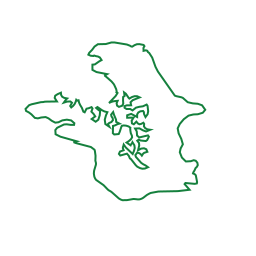 an SVG outline of Quinara, rotated 55°
{"feature_id": "GNB-773", "entity_name": "Quinara", "entity_type": "Region", "adm_level": 1, "iso_a3": "GNB", "parent_name": "Guinea-Bissau", "parent_adm1": "", "projection": "albers", "projection_center": [-15.226, 11.637], "detail": "fine", "context": "isolated", "style": "outline", "palette": "green", "viewbox_px": 256, "rotation_deg": 55, "n_neighbors": 0, "source": "natural_earth", "source_scale": "10m", "svg_char_len": 4448}
<svg xmlns="http://www.w3.org/2000/svg" viewBox="0 0 256 256"><g transform="rotate(55 128 128)"><path d="M71.6,117.5L71.9,114.2L64.1,121.7L60.0,123.8L55.7,120.8L56.9,118.7L56.9,113.6L57.2,110.7L54.1,110.6L52.2,111.6L50.8,113.0L49.2,114.2L49.2,115.0L47.4,117.1L45.2,118.4L44.2,116.7L43.4,112.6L42.1,108.7L42.1,104.6L46.5,98.0L48.4,92.6L50.1,90.1L59.0,81.0L61.7,79.2L63.1,78.6L63.8,77.8L63.9,75.1L64.5,72.6L65.9,70.5L68.9,67.6L70.4,67.6L71.1,69.2L71.8,69.8L72.7,70.3L73.7,71.0L74.6,68.8L75.8,67.9L77.2,68.1L78.7,67.6L84.2,67.8L93.7,70.4L98.9,71.1L128.3,71.1L129.6,70.2L133.5,66.6L134.8,65.8L141.1,64.3L145.0,60.8L148.2,56.9L151.9,54.3L157.4,54.3L158.4,58.0L156.8,62.9L154.4,66.7L152.6,71.3L152.8,77.3L154.4,83.3L156.8,87.5L161.4,89.6L167.5,90.6L172.8,92.4L175.0,96.7L177.6,99.5L183.1,100.8L188.6,99.8L191.1,95.8L191.2,95.7L192.1,92.6L193.7,91.3L196.2,91.1L198.4,92.1L199.3,93.8L199.6,95.7L200.9,97.8L201.8,99.9L202.5,100.8L203.8,100.0L204.9,99.6L205.9,99.7L211.9,102.4L212.9,103.4L212.0,105.4L206.0,112.5L206.4,113.8L213.9,113.0L208.3,123.4L197.5,139.5L194.3,146.5L194.0,147.9L193.7,150.9L193.9,155.4L193.8,156.9L193.5,158.2L193.1,159.4L192.5,160.4L191.8,161.3L190.8,162.4L189.3,164.2L186.6,170.0L184.0,173.9L182.6,174.9L180.5,175.9L171.3,178.1L170.1,178.5L167.8,179.6L166.5,179.9L160.8,180.8L152.2,183.9L150.5,183.9L148.6,183.5L145.9,182.2L144.5,181.1L143.4,180.1L139.7,175.4L138.9,174.7L138.0,174.2L136.1,173.5L132.1,170.5L127.8,168.3L126.6,167.9L122.3,169.3L110.6,179.2L108.4,180.7L108.3,180.8L109.5,177.6L96.4,188.3L91.6,190.9L88.0,188.7L87.2,185.9L88.4,178.4L89.8,176.1L92.6,173.1L94.5,170.4L93.3,169.2L89.2,170.2L86.1,173.3L84.1,177.4L83.4,181.7L81.9,184.5L78.4,186.3L74.5,187.6L71.8,189.2L69.6,193.1L68.4,196.3L66.3,198.5L61.4,199.3L58.3,200.3L55.6,201.7L53.6,201.0L52.6,195.9L53.3,193.3L56.9,184.5L58.1,182.6L58.8,180.9L65.5,171.0L61.3,170.8L59.8,169.1L59.9,166.3L60.6,162.7L62.5,163.8L64.6,164.0L66.7,163.0L68.9,160.9L69.1,162.4L70.4,166.0L71.4,162.8L73.2,160.0L75.2,159.4L76.8,162.7L78.6,162.7L78.4,160.3L77.8,158.1L76.7,156.1L75.2,154.2L76.4,154.0L76.5,153.8L76.5,153.4L76.9,152.6L79.0,153.5L81.6,154.0L85.0,154.2L89.0,155.2L90.3,154.5L88.4,150.9L89.2,149.0L90.0,145.9L91.7,145.9L93.6,148.6L96.9,148.1L99.7,148.2L99.8,152.6L104.3,150.9L104.2,147.6L101.4,143.9L98.0,141.0L97.0,141.6L96.1,141.9L93.3,142.6L93.3,141.0L98.5,139.1L100.9,137.8L103.2,135.8L105.0,138.8L107.9,142.3L111.8,144.3L116.2,142.6L113.3,142.2L113.1,140.5L113.6,138.2L112.9,135.8L111.1,134.9L109.1,134.9L107.4,134.2L106.4,131.0L109.2,131.9L114.3,133.0L116.2,134.2L119.5,132.5L118.9,134.1L118.3,137.6L117.7,139.1L123.6,143.4L125.4,143.0L127.6,139.1L126.4,137.0L123.3,132.9L122.7,131.7L123.4,130.1L125.0,128.2L127.1,126.6L129.1,125.9L129.6,126.4L131.4,127.5L133.9,128.7L136.5,129.2L138.0,130.0L138.9,132.1L139.2,134.8L139.1,137.5L143.7,135.8L143.2,135.0L142.7,133.3L142.2,132.5L145.8,132.7L148.3,134.0L150.2,136.3L152.0,139.1L142.6,141.0L139.1,141.0L140.2,142.3L140.8,143.2L141.6,143.8L143.7,144.3L142.7,148.1L144.0,150.3L146.1,150.1L148.4,143.6L151.2,143.3L154.0,143.9L155.2,143.4L162.8,143.0L165.0,142.6L167.7,141.2L169.6,139.6L170.9,137.4L171.6,134.1L168.7,135.1L166.5,136.3L164.1,137.2L156.1,138.1L154.4,137.5L153.6,135.0L154.1,133.9L155.3,133.1L156.9,132.6L158.6,132.5L157.7,130.3L157.6,129.0L158.6,125.8L155.9,125.2L153.8,126.5L152.4,129.1L152.0,132.5L148.7,128.8L146.6,127.6L143.7,127.7L143.7,125.9L145.4,124.9L148.9,120.9L148.9,119.2L147.1,115.9L145.5,115.9L142.2,124.2L139.4,124.9L135.8,122.8L132.5,122.5L134.9,118.8L138.3,117.2L141.2,115.2L142.2,110.8L140.2,112.9L138.0,114.0L135.8,114.0L133.9,112.4L132.5,112.4L132.2,114.9L131.5,116.5L130.0,117.3L127.6,117.5L128.3,121.1L126.5,122.1L124.1,120.8L122.7,117.5L119.1,122.8L117.1,121.4L118.3,117.3L124.2,114.2L122.1,112.7L121.2,110.7L121.4,108.4L122.7,105.9L124.2,105.9L125.2,106.6L126.1,106.9L129.1,107.4L128.0,104.1L125.9,101.9L121.1,99.3L119.5,99.3L118.8,103.3L117.2,106.4L115.9,109.8L116.2,114.2L113.7,115.3L111.6,118.3L109.5,119.2L108.1,118.4L108.7,116.1L111.2,112.4L108.4,111.2L107.9,108.2L109.6,100.9L107.2,102.3L105.7,104.4L104.9,107.0L104.7,110.0L103.7,110.2L98.7,110.1L96.6,110.8L99.8,112.4L99.8,114.2L102.5,116.2L105.3,117.9L106.4,120.0L105.5,123.3L103.4,124.1L101.1,123.1L99.8,120.9L98.7,122.8L97.7,124.8L97.0,126.9L96.6,129.2L94.7,119.8L93.3,116.5L92.1,116.9L92.0,116.5L89.4,115.4L85.0,114.6L83.7,114.5L80.4,114.8L72.3,116.8L71.6,117.4L71.6,117.5Z" fill="none" stroke="#15803d" stroke-width="2"/></g></svg>